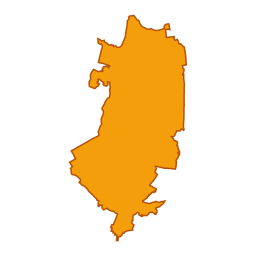 Scorteni, Bacau, Romania
{"feature_id": "2599482B56524358146983", "entity_name": "Scorteni", "entity_type": "district", "adm_level": 2, "iso_a3": "ROU", "parent_name": "Romania", "parent_adm1": "Bacau", "projection": "robinson", "projection_center": [26.678, 46.577], "detail": "fine", "context": "isolated", "style": "filled", "palette": "amber", "viewbox_px": 256, "rotation_deg": 0, "n_neighbors": 0, "source": "geoboundaries", "source_scale": "gbopen_adm2", "svg_char_len": 5838}
<svg xmlns="http://www.w3.org/2000/svg" viewBox="0 0 256 256"><path d="M164.8,201.0L164.3,201.1L164.3,201.3L163.8,201.4L161.8,201.5L160.6,201.7L159.7,202.5L156.6,201.7L155.8,201.7L155.7,201.4L155.3,201.5L155.2,201.9L152.9,202.3L151.0,203.0L148.9,203.6L148.0,203.2L147.5,203.3L147.0,203.0L146.2,203.0L142.2,201.6L142.8,201.5L142.7,201.1L142.9,200.9L142.7,200.8L142.7,200.5L142.9,200.3L143.7,200.4L145.7,198.8L146.7,198.4L146.7,198.1L147.0,197.8L147.0,197.5L147.2,197.4L147.4,197.1L147.6,196.4L148.2,196.3L148.3,196.0L148.9,195.7L148.7,195.4L148.7,195.1L148.8,195.0L149.0,195.2L149.3,194.8L150.6,194.2L150.8,193.6L151.4,193.3L151.4,192.8L151.9,192.7L152.2,192.3L152.7,192.2L153.0,192.0L153.6,191.9L153.8,192.2L153.9,191.8L154.1,192.0L154.5,192.0L154.3,191.5L154.4,191.4L154.8,191.8L155.5,191.7L155.5,191.0L155.9,190.3L155.8,189.9L156.1,189.7L156.4,189.0L153.0,187.3L152.4,186.6L149.6,185.4L151.4,182.8L153.4,180.8L153.9,179.8L155.7,177.4L157.3,174.6L156.5,173.5L155.3,172.7L154.9,172.0L156.3,168.8L155.4,166.3L157.5,166.6L161.4,167.4L165.0,168.4L167.1,168.1L168.3,168.5L169.9,168.4L175.4,169.1L175.5,168.4L175.9,167.6L175.7,166.9L175.7,166.4L176.3,165.6L176.1,163.5L176.6,162.7L176.0,160.7L176.1,160.3L178.0,157.6L178.2,156.5L179.2,155.0L179.7,154.2L179.6,153.9L179.3,153.8L178.3,153.6L178.4,153.4L178.0,152.8L178.7,152.2L179.5,152.3L179.7,152.1L178.5,149.4L177.9,148.7L178.0,147.4L177.6,146.9L177.6,145.7L176.9,145.5L177.0,144.7L177.4,143.9L177.5,142.3L177.4,141.8L175.9,141.0L174.2,140.4L173.8,140.0L173.7,139.2L171.5,136.7L173.1,136.7L174.5,135.9L174.7,135.6L175.4,133.6L175.9,132.9L176.8,130.8L178.1,131.0L180.1,130.9L180.6,130.2L180.9,129.2L181.5,129.0L181.9,129.5L182.2,129.6L182.5,129.4L183.6,130.3L184.1,129.4L183.8,129.1L183.4,126.1L183.6,124.2L183.4,123.5L183.7,121.9L183.9,117.4L184.0,106.4L184.4,105.4L184.1,104.8L184.1,102.3L184.2,101.1L184.1,100.1L184.1,93.5L184.3,90.5L184.1,89.3L184.4,85.1L183.7,78.0L183.8,74.8L183.7,74.4L182.7,75.1L182.5,74.8L182.6,74.4L183.4,73.2L183.4,72.6L183.9,71.2L183.9,70.2L184.1,69.1L183.1,68.8L182.4,65.7L184.7,65.2L185.3,64.8L185.6,64.7L185.6,65.0L186.2,64.9L186.4,64.0L186.1,62.7L185.6,55.5L185.0,50.9L184.7,50.0L184.3,47.1L182.2,45.6L180.7,43.8L179.0,43.9L178.5,41.8L177.3,39.4L175.0,40.4L174.2,39.2L174.2,36.6L166.4,37.5L166.0,32.7L165.4,29.4L168.6,29.4L169.9,29.7L168.8,23.9L166.4,24.2L164.8,25.3L164.2,26.1L164.1,27.2L164.2,28.3L163.9,28.5L162.5,29.1L158.2,30.4L155.1,30.4L152.9,29.6L151.5,28.8L148.1,29.2L146.4,29.0L145.3,28.0L143.2,27.2L142.2,26.6L141.3,25.7L140.5,24.3L139.8,23.8L139.6,22.7L139.1,21.2L138.2,20.1L137.2,20.1L133.9,15.5L133.5,15.4L132.1,15.9L130.9,15.8L129.4,16.2L129.1,16.9L128.6,17.2L129.0,18.4L128.6,19.3L127.4,20.7L127.0,25.9L126.4,28.8L125.2,37.2L122.7,43.1L121.3,46.0L120.2,46.9L118.7,47.4L116.9,47.1L115.5,45.8L113.7,46.5L113.1,45.2L112.6,45.5L111.7,44.6L110.9,45.0L110.2,44.8L109.1,45.1L106.4,42.8L104.6,42.0L104.2,40.3L103.0,40.8L101.7,40.9L100.1,39.7L97.9,38.6L98.0,41.0L98.3,41.3L98.0,42.5L98.4,43.3L100.3,44.3L101.2,43.9L102.3,45.3L102.2,46.0L102.4,46.3L102.2,47.6L101.5,49.5L98.4,62.4L104.8,64.0L109.7,65.8L109.2,67.0L108.3,67.8L107.7,66.6L107.2,66.1L106.4,66.4L105.9,66.3L105.5,66.5L103.4,66.9L103.0,67.4L103.1,68.4L102.9,68.6L102.1,69.2L102.2,70.0L102.9,70.7L102.6,71.3L102.3,71.6L102.0,71.6L101.6,71.0L101.3,71.0L100.3,71.1L98.8,71.7L98.2,71.6L93.8,69.4L92.6,70.4L92.0,71.8L90.4,74.5L90.6,79.3L89.0,82.1L89.4,86.4L94.8,88.6L96.0,87.7L96.1,87.0L97.0,86.7L97.9,86.2L98.6,85.0L99.4,84.5L99.4,83.7L98.5,83.1L97.0,82.8L97.5,81.7L98.2,81.3L98.3,80.6L97.9,79.6L99.0,79.0L103.5,82.7L103.9,83.4L103.1,84.0L103.3,84.7L104.5,85.6L106.6,86.1L107.7,85.0L108.0,84.1L107.3,82.0L109.6,82.1L110.3,87.9L110.1,89.1L109.5,89.2L109.6,90.6L110.1,92.6L109.8,95.3L109.3,97.6L107.4,98.3L104.9,102.4L104.2,104.4L102.2,107.6L102.0,109.0L102.2,109.5L103.2,110.5L103.4,113.1L102.8,115.7L101.6,117.5L101.4,118.2L101.2,119.2L101.4,121.5L101.3,122.7L101.6,123.6L101.6,124.3L100.2,126.2L98.9,130.2L98.3,131.2L98.2,132.0L98.9,133.3L98.8,135.6L92.3,138.9L71.3,150.9L72.4,152.9L73.2,153.7L73.4,154.4L75.6,158.8L69.6,162.3L70.1,162.8L70.7,164.0L71.6,165.1L71.7,165.9L72.0,165.9L72.5,166.5L70.5,168.5L70.8,169.3L71.1,170.4L71.3,172.9L71.7,174.2L72.3,174.6L74.7,175.0L76.2,175.7L77.5,176.6L80.4,179.4L80.5,180.0L80.2,181.1L80.0,181.5L79.4,181.9L79.1,182.4L79.2,182.7L80.0,183.0L82.3,185.4L83.6,185.6L84.1,186.0L84.6,186.7L85.7,187.3L86.8,188.7L87.5,189.2L89.0,191.5L93.2,195.4L94.0,196.5L95.8,198.0L96.6,199.0L96.8,200.0L97.5,200.4L98.7,200.6L98.1,203.1L98.2,206.0L99.0,206.4L99.7,204.9L101.3,205.4L102.2,205.1L102.3,205.4L102.0,207.7L102.3,208.5L103.8,209.9L104.2,209.3L107.4,208.3L107.8,209.3L111.0,210.9L113.8,211.4L114.7,212.4L117.5,214.2L115.1,220.5L114.2,222.3L113.3,224.9L111.9,224.6L110.7,227.6L112.1,228.1L111.1,231.1L113.2,231.2L113.0,232.9L115.1,233.4L114.7,235.0L117.0,235.1L116.5,240.6L118.0,240.6L118.3,236.8L120.0,236.8L120.6,235.9L121.6,235.7L121.9,235.3L122.1,234.0L122.7,233.2L123.1,233.1L123.4,233.3L124.0,233.2L124.2,232.2L126.3,231.4L127.4,230.8L132.8,230.1L132.4,228.2L132.5,227.8L133.5,226.7L133.9,224.8L132.4,223.9L131.7,222.8L131.9,222.0L132.2,221.7L132.1,220.4L132.8,220.4L132.9,220.0L132.8,218.7L133.0,217.5L133.0,215.9L133.8,214.9L135.8,214.0L137.0,212.5L138.8,212.8L139.1,213.1L138.9,214.6L139.0,214.9L139.6,215.3L140.5,215.6L141.2,216.2L141.6,216.2L141.8,216.5L142.1,216.4L141.9,216.1L142.1,215.7L141.9,215.2L142.0,214.9L142.4,214.9L143.1,215.6L145.0,215.5L146.6,215.6L148.1,214.5L149.5,212.6L150.6,212.3L151.5,212.5L152.0,212.3L152.6,212.3L153.5,212.8L154.7,214.1L155.1,214.1L155.2,214.3L155.9,214.2L156.3,213.9L156.4,213.0L157.0,212.4L156.9,210.2L156.6,209.9L156.2,209.2L155.8,208.9L155.7,208.3L156.3,207.8L157.5,207.3L158.9,207.1L159.4,206.5L160.0,206.3L160.5,205.8L162.8,204.0L164.1,202.3L164.8,201.0Z" fill="#f59e0b" stroke="#b45309" stroke-width="1.5"/></svg>